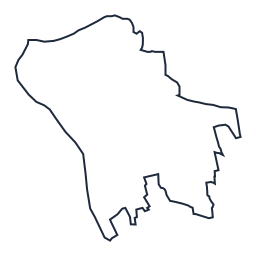 Kardasa, Al Jizah, Egypt (Natural Earth projection)
{"feature_id": "37247803B74669546915316", "entity_name": "Kardasa", "entity_type": "district", "adm_level": 2, "iso_a3": "EGY", "parent_name": "Egypt", "parent_adm1": "Al Jizah", "projection": "natural_earth1", "projection_center": [31.148, 30.052], "detail": "fine", "context": "isolated", "style": "outline", "palette": "slate", "viewbox_px": 256, "rotation_deg": 0, "n_neighbors": 0, "source": "geoboundaries", "source_scale": "gbopen_adm2", "svg_char_len": 2630}
<svg xmlns="http://www.w3.org/2000/svg" viewBox="0 0 256 256"><path d="M235.8,109.0L228.7,107.5L220.7,107.2L213.1,104.9L206.0,104.1L199.8,102.6L199.0,102.4L194.3,101.6L187.3,99.9L177.7,95.5L179.5,94.9L179.5,91.6L179.5,86.6L177.2,82.5L171.7,79.2L167.8,75.9L165.5,74.9L165.5,65.1L163.5,51.9L159.2,51.9L155.3,51.9L151.7,51.1L150.6,51.9L147.5,51.9L140.7,49.9L142.1,47.7L142.8,44.4L142.9,41.1L142.9,37.8L142.1,32.8L139.7,31.2L136.6,33.7L133.5,32.0L133.5,29.5L133.5,27.0L131.9,22.9L129.6,19.6L127.3,18.8L122.6,18.8L119.4,17.1L114.8,15.4L114.0,15.6L111.6,16.2L106.9,16.2L104.4,17.1L97.5,21.2L85.0,27.7L78.8,30.2L76.4,31.8L74.1,33.5L68.6,35.9L67.6,36.3L63.0,38.1L60.0,39.2L53.7,40.9L44.3,41.7L36.5,40.0L28.3,40.0L27.9,44.1L22.4,54.8L18.5,59.8L15.4,67.2L17.7,80.4L28.6,94.5L36.4,101.9L44.2,105.3L49.7,109.4L55.9,118.5L65.3,131.7L75.4,142.5L80.9,150.6L83.2,154.1L84.0,160.7L84.4,164.1L85.5,173.1L87.1,189.6L90.2,208.6L94.8,216.9L104.6,237.5L110.1,240.6L111.9,238.2L114.1,236.9L116.8,235.3L117.3,235.0L114.9,229.9L111.3,222.5L110.0,219.6L116.5,215.0L117.5,214.3L122.2,208.7L125.3,207.9L126.5,210.2L128.4,213.8L130.0,217.0L130.8,224.3L132.9,224.4L135.6,224.5L134.7,217.9L136.9,217.1L136.3,209.6L138.7,208.9L142.5,207.9L144.9,211.2L148.8,209.6L147.2,207.9L149.6,206.3L144.1,197.2L147.2,194.7L144.9,185.6L146.5,184.0L144.1,177.4L149.7,176.1L157.9,174.2L158.2,174.1L158.3,175.2L158.5,180.4L158.5,181.4L158.6,182.1L158.6,182.8L158.7,184.3L160.9,187.8L162.9,188.1L163.8,188.7L164.6,189.3L165.6,191.0L165.8,192.0L166.7,195.3L170.2,201.0L171.3,201.1L172.6,201.3L176.6,202.2L182.7,203.7L188.2,205.5L190.4,206.9L192.6,207.7L193.6,214.0L195.8,214.1L208.9,218.2L212.8,217.3L212.7,216.1L212.6,215.3L212.5,213.9L212.3,211.6L212.3,211.0L211.8,208.1L212.8,206.8L213.5,204.4L212.9,203.6L212.7,203.4L212.3,202.8L211.8,202.2L211.3,201.4L210.6,200.4L209.8,198.9L209.4,197.7L209.3,196.4L208.7,196.1L207.5,195.4L207.3,194.1L207.3,192.8L207.2,190.6L207.0,188.1L207.0,187.4L206.6,184.9L206.3,182.7L208.7,182.3L210.1,182.1L211.0,181.9L211.5,182.3L213.0,182.5L214.9,183.7L214.4,176.6L215.0,176.5L214.7,171.1L218.5,170.2L214.6,152.1L216.9,152.9L219.1,153.1L222.9,155.0L221.9,153.0L221.4,152.2L221.1,150.8L220.8,149.8L220.6,148.9L219.0,146.6L218.4,144.0L217.9,142.0L217.3,140.1L217.1,139.3L216.8,138.5L216.5,137.4L216.2,136.3L213.8,127.2L215.4,126.7L216.2,126.4L217.0,126.1L218.5,125.6L219.3,125.5L219.9,125.4L222.6,125.1L223.3,125.0L225.3,124.7L228.5,126.5L231.7,131.5L232.3,132.4L236.0,138.2L237.9,137.7L240.6,136.9L239.8,133.9L239.6,132.3L238.5,125.1L237.9,121.0L237.4,118.1L237.3,117.5L237.2,116.8L235.8,109.0Z" fill="none" stroke="#1e293b" stroke-width="2"/></svg>